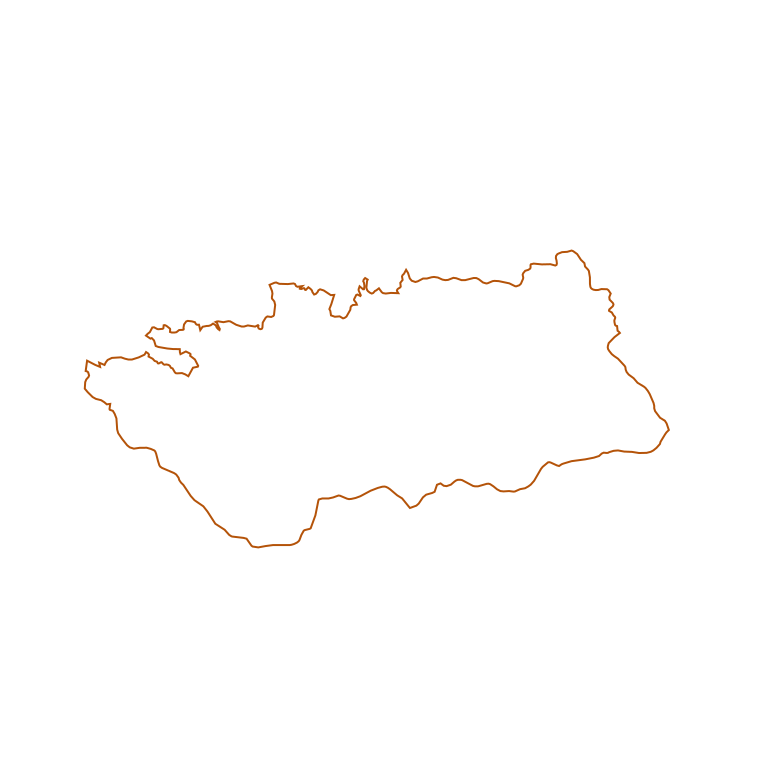 the district of Tam Dao, Vĩnh Phúc, Vietnam, rotated 118°
{"feature_id": "81297802B33900605812276", "entity_name": "Tam Dao", "entity_type": "district", "adm_level": 2, "iso_a3": "VNM", "parent_name": "Vietnam", "parent_adm1": "Vĩnh Phúc", "projection": "robinson", "projection_center": [105.582, 21.459], "detail": "fine", "context": "isolated", "style": "outline", "palette": "amber", "viewbox_px": 768, "rotation_deg": 118, "n_neighbors": 0, "source": "geoboundaries", "source_scale": "gbopen_adm2", "svg_char_len": 6166}
<svg xmlns="http://www.w3.org/2000/svg" viewBox="0 0 768 768"><g transform="rotate(118 384 384)"><path d="M589.2,423.7L587.3,418.3L582.7,412.5L578.4,406.5L570.6,391.8L569.4,390.2L567.5,388.3L564.9,386.4L562.8,385.5L561.3,385.4L556.0,386.1L551.2,386.0L550.2,385.4L546.8,381.6L545.8,381.0L532.2,382.9L517.5,387.3L516.5,387.3L514.1,384.8L511.0,379.1L508.1,375.7L503.8,371.8L503.3,370.4L502.6,362.8L502.1,360.9L500.8,358.9L498.0,355.6L494.2,352.2L484.5,345.7L478.7,340.7L475.5,337.3L474.3,335.4L473.9,334.0L473.8,332.0L474.1,329.3L476.1,320.1L476.5,314.3L481.3,302.9L476.2,298.3L473.3,297.2L465.8,296.4L461.9,294.8L457.6,290.3L455.4,288.7L448.1,289.9L445.2,287.4L445.8,283.5L444.8,280.8L441.5,277.7L437.1,276.0L435.2,275.0L433.9,273.8L432.6,271.3L432.2,269.9L432.2,257.5L431.6,255.5L430.1,252.8L423.9,246.4L422.9,244.8L422.6,243.2L423.0,239.2L423.9,234.8L423.9,231.0L422.7,228.0L419.8,223.3L418.3,219.3L417.5,218.0L413.0,214.5L409.8,210.5L406.7,208.5L404.0,207.2L399.0,206.0L385.2,205.5L382.6,205.0L376.2,202.4L375.4,201.3L375.1,200.1L374.7,193.1L374.2,190.9L371.5,189.5L370.1,188.3L364.1,182.2L356.1,171.0L350.5,164.1L346.6,160.3L343.2,159.1L341.5,157.8L340.4,155.1L339.7,154.0L338.4,153.1L335.2,149.9L332.8,146.2L330.9,140.2L327.5,133.1L325.2,126.4L321.5,119.8L318.6,116.6L316.2,115.0L312.4,113.4L307.5,112.2L305.1,112.7L296.6,112.2L294.1,111.9L290.9,110.9L286.2,115.9L284.6,118.7L284.2,124.4L280.7,131.9L278.6,134.0L276.5,135.1L274.2,137.1L268.2,144.6L266.3,147.7L264.7,151.3L264.3,153.3L263.9,160.7L261.7,166.3L260.8,172.4L259.5,175.4L257.9,177.3L255.8,178.8L255.0,180.1L251.8,189.3L251.3,193.8L250.7,196.9L249.1,200.6L248.0,202.5L246.7,203.6L245.2,204.2L242.4,204.8L234.4,202.5L228.2,199.7L227.7,200.8L227.3,202.8L223.4,205.4L223.7,206.8L223.3,207.8L221.0,209.7L219.6,210.5L217.0,210.9L216.2,211.7L215.7,213.5L213.9,216.4L213.8,219.6L213.6,219.8L212.4,220.1L208.0,218.5L206.5,218.6L205.9,218.8L205.0,220.0L203.6,224.4L201.5,225.9L197.7,226.3L195.8,229.9L195.6,231.5L198.1,236.6L200.4,239.0L201.7,241.2L202.4,243.4L202.4,245.3L202.0,246.5L201.3,247.4L199.0,249.1L193.1,252.3L188.0,256.2L187.2,257.7L185.9,261.6L183.2,263.8L181.9,268.4L178.6,274.4L177.9,279.3L178.1,281.0L181.3,284.3L184.0,288.7L186.8,291.1L188.0,291.9L190.2,292.2L192.1,291.4L194.0,289.6L196.5,287.9L197.9,287.6L199.0,288.4L200.1,293.3L204.3,300.8L207.4,308.3L209.3,310.5L210.2,310.5L212.1,309.4L213.4,309.1L215.4,310.1L217.8,312.5L220.9,313.1L222.4,312.9L224.7,311.0L225.8,310.6L231.2,310.2L233.3,310.9L235.7,313.1L236.1,314.1L236.3,320.6L239.3,331.0L241.1,334.9L242.2,336.4L246.4,339.8L247.2,340.9L247.9,344.2L247.0,349.6L247.1,352.2L248.3,354.6L254.2,361.1L255.9,364.3L256.7,369.9L257.7,372.6L262.0,376.3L263.5,378.6L264.4,381.4L264.7,386.4L266.0,390.1L267.4,392.1L270.8,395.7L272.5,399.0L277.5,402.4L279.2,404.2L279.8,408.0L278.7,410.8L274.7,414.9L272.8,418.1L277.2,418.1L279.2,418.7L280.6,418.6L283.4,416.4L287.0,417.1L290.1,415.0L291.0,415.0L293.7,416.5L295.2,416.6L295.9,416.0L297.1,414.0L300.3,420.6L303.3,424.9L304.2,427.5L304.0,429.1L301.9,433.4L305.0,434.8L306.0,435.6L308.8,436.3L309.9,437.3L310.0,439.3L309.6,441.6L309.1,442.8L307.4,444.7L301.1,447.3L299.5,447.4L299.3,450.4L301.3,450.9L303.0,450.6L303.9,449.3L306.6,447.3L309.7,446.2L310.2,446.9L309.2,451.4L312.3,450.9L313.4,450.2L316.5,446.2L317.4,446.2L317.5,449.5L318.4,450.3L323.3,450.2L324.1,449.7L325.4,446.7L326.7,445.2L328.9,448.6L330.7,449.5L331.9,449.5L334.3,448.6L342.1,448.8L344.1,449.8L345.3,451.0L345.1,454.9L347.7,459.0L348.3,463.0L344.7,465.7L343.5,467.4L338.3,468.0L328.7,469.8L330.5,472.7L329.7,481.2L330.4,484.9L332.1,485.9L334.0,485.8L336.5,486.5L337.8,487.7L336.5,490.3L335.2,491.6L334.5,493.6L334.1,496.2L337.7,497.2L337.9,497.8L336.9,499.3L337.1,499.9L339.0,501.7L339.4,503.1L339.0,503.3L336.0,502.2L338.8,506.1L338.8,507.6L337.5,509.6L337.7,511.1L340.9,515.8L344.7,523.5L345.0,526.9L346.1,528.3L350.2,531.6L354.5,526.5L356.6,524.9L360.1,523.7L361.2,523.0L362.6,519.6L365.3,517.2L374.8,513.5L375.9,513.6L377.8,515.1L379.1,518.7L380.9,519.6L386.7,519.9L391.1,517.9L392.3,517.7L393.0,518.1L393.7,519.0L393.8,520.7L392.9,521.9L391.4,522.2L391.2,522.9L393.8,524.7L396.2,531.7L399.0,534.6L400.1,536.7L401.1,542.3L400.9,549.2L401.6,550.9L404.8,554.8L406.5,559.8L407.3,561.0L408.3,561.8L408.5,560.1L411.3,556.7L412.5,554.8L413.6,554.6L413.4,556.2L412.6,558.3L411.2,560.0L410.9,563.3L413.5,564.6L415.0,566.1L416.0,567.8L418.6,571.0L422.7,571.5L418.5,575.2L419.4,576.7L419.5,577.6L419.1,578.7L418.2,579.9L418.9,583.1L420.4,586.9L421.6,588.0L425.3,588.5L428.8,587.3L429.4,586.6L430.1,586.6L430.6,587.0L432.5,590.2L435.7,591.6L436.8,593.0L438.2,595.5L438.5,597.4L436.1,598.5L435.6,599.0L434.8,603.4L434.9,605.2L435.6,606.1L438.3,605.0L439.2,605.3L441.6,609.0L441.9,610.0L441.9,613.7L442.9,615.1L448.1,615.1L450.8,616.3L453.0,616.9L453.6,611.5L452.5,610.6L453.5,607.5L457.6,603.4L457.2,600.5L454.4,592.0L452.2,586.7L449.1,580.7L451.8,579.1L453.2,577.7L448.3,574.2L448.2,569.9L448.5,568.8L450.1,568.4L451.1,562.5L455.2,556.6L456.1,556.5L459.3,560.3L469.0,560.4L468.8,563.9L469.2,567.5L471.7,571.6L472.2,572.9L471.9,574.1L469.5,578.0L469.7,579.8L468.5,581.6L468.3,583.2L468.9,585.3L470.1,587.0L470.1,588.0L469.2,590.5L469.4,591.0L471.6,592.5L471.9,593.4L470.9,594.9L471.3,597.4L470.3,600.1L470.3,604.8L468.3,605.4L467.7,606.8L467.5,609.1L470.5,609.2L475.7,613.1L480.7,618.0L482.4,621.2L483.3,624.7L483.9,628.7L488.7,636.5L492.5,639.3L495.5,639.8L498.4,639.7L498.9,645.5L502.2,642.7L502.7,647.9L502.8,657.1L512.6,653.5L512.3,652.0L512.5,650.8L514.9,648.4L516.4,648.2L519.8,649.0L522.6,648.7L528.6,646.0L530.3,641.8L532.3,635.2L532.4,631.4L531.1,626.1L531.4,622.4L532.1,619.2L530.1,616.4L535.0,614.6L535.5,614.0L535.0,610.8L536.8,607.8L540.0,604.1L549.5,598.2L552.2,595.6L555.4,589.6L558.7,582.0L559.3,578.7L558.5,574.5L555.0,569.7L551.7,563.6L550.8,559.5L550.5,555.6L550.9,554.4L552.5,552.5L558.2,547.3L561.3,544.1L562.0,542.9L562.3,540.7L561.2,527.3L561.5,524.9L563.2,521.4L565.0,519.6L566.4,516.9L567.3,513.8L573.6,502.1L575.6,496.7L576.8,486.1L579.5,480.0L586.6,467.3L587.5,456.3L589.9,449.9L590.1,447.4L590.0,446.5L585.8,435.7L585.1,432.7L589.0,425.1L589.2,423.7Z" fill="none" stroke="#b45309" stroke-width="2"/></g></svg>